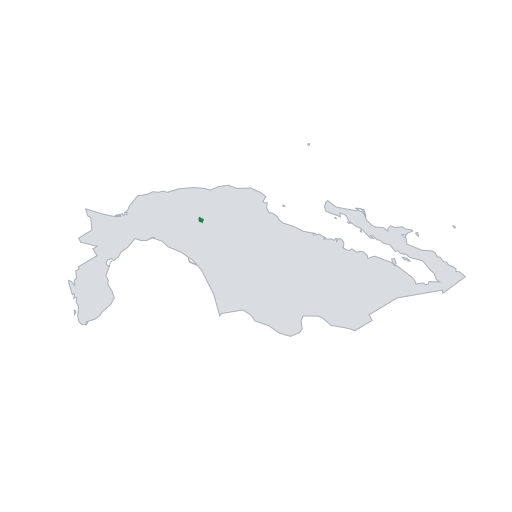 Villa Victoria, México, Mexico shown in context, rotated 149°
{"feature_id": "50627088B15361749852756", "entity_name": "Villa Victoria", "entity_type": "district", "adm_level": 2, "iso_a3": "MEX", "parent_name": "Mexico", "parent_adm1": "México", "projection": "natural_earth1", "projection_center": [-99.997, 19.432], "detail": "fine", "context": "in_parent", "style": "filled", "palette": "green", "viewbox_px": 512, "rotation_deg": 149, "n_neighbors": 0, "source": "geoboundaries", "source_scale": "gbopen_adm2", "svg_char_len": 4731}
<svg xmlns="http://www.w3.org/2000/svg" viewBox="0 0 512 512"><g transform="rotate(149 256 256)"><path d="M87.2,130.4L115.0,127.8L113.6,130.7L156.7,147.4L189.4,147.4L189.6,141.0L209.9,141.1L213.4,145.7L227.4,157.9L230.7,168.2L233.3,172.2L246.5,180.3L250.8,177.2L254.0,169.7L258.1,168.0L267.7,169.3L275.6,177.7L281.0,189.8L290.2,200.8L290.8,207.8L294.9,216.4L315.2,224.5L317.9,223.2L311.9,245.4L310.0,272.0L310.9,277.7L316.3,285.3L315.2,289.4L315.5,285.3L311.0,278.8L312.4,284.8L317.9,297.3L326.6,309.2L328.6,316.6L334.8,324.2L333.1,324.0L336.6,325.8L335.5,324.7L341.9,325.7L346.5,328.3L350.6,333.2L361.4,329.5L369.3,329.0L374.6,326.1L380.2,325.5L381.3,326.6L380.9,328.1L385.5,329.1L388.5,326.8L387.7,322.9L386.2,323.8L386.6,323.0L394.8,316.5L395.2,311.2L397.6,308.1L397.6,299.5L399.0,293.1L405.3,289.4L416.4,287.4L421.3,285.2L426.7,284.8L435.7,287.0L436.4,285.6L434.1,285.5L437.1,284.5L440.8,287.3L441.5,291.2L439.8,296.3L434.1,304.1L433.9,309.3L431.1,312.5L431.6,313.7L434.2,313.3L431.5,316.5L431.5,317.8L433.4,317.4L430.0,330.5L429.1,331.7L427.2,328.8L426.7,323.8L424.1,328.9L421.4,329.3L418.1,336.1L414.2,336.0L413.9,338.2L392.1,338.2L392.1,346.1L387.2,346.1L399.2,358.2L398.9,362.7L383.4,362.7L377.9,373.9L379.5,376.8L377.7,384.2L366.4,371.5L357.3,363.0L351.8,359.7L351.2,360.6L356.3,363.5L348.4,360.9L348.9,358.8L346.8,359.7L345.5,357.9L344.1,359.8L346.7,360.8L342.7,361.2L338.8,364.1L326.3,368.6L318.2,365.0L311.3,364.2L306.7,360.8L302.1,359.4L299.2,356.2L288.1,353.6L274.3,346.8L265.3,340.5L261.5,336.1L252.2,334.7L243.3,331.0L237.8,323.9L225.6,317.1L219.2,307.7L217.0,301.9L221.9,299.2L221.1,296.8L218.9,296.0L222.2,291.6L222.6,286.4L220.0,284.6L217.5,279.3L217.5,274.6L215.9,270.3L208.7,262.3L202.6,252.6L192.9,244.3L195.7,245.9L195.9,244.0L190.7,242.3L187.0,235.7L189.7,235.9L182.1,231.4L181.1,229.2L178.3,230.0L177.8,229.0L180.0,226.5L176.3,228.4L174.1,226.5L173.8,222.2L176.5,218.4L177.4,219.1L175.6,215.1L173.3,212.6L170.1,212.8L168.0,207.4L164.1,206.3L161.8,204.0L160.3,199.3L161.4,196.3L154.5,194.9L142.8,180.0L142.2,176.5L140.4,175.4L133.1,157.0L132.6,151.3L133.5,149.5L126.9,147.1L125.5,144.1L123.3,143.1L120.9,144.9L112.1,139.3L113.6,142.9L112.3,149.8L114.1,155.3L115.5,165.8L124.4,175.1L127.2,181.3L128.6,181.0L129.2,182.9L130.5,183.1L131.7,187.2L134.3,188.4L135.6,196.9L140.2,201.2L141.7,205.9L143.9,207.4L145.4,213.1L147.3,214.5L146.2,210.3L148.8,212.7L151.8,225.7L154.7,229.4L158.6,238.7L157.9,242.6L158.7,246.1L162.1,249.5L163.4,246.1L173.1,258.3L172.1,262.8L168.2,266.2L166.0,266.6L162.0,256.5L146.7,243.1L145.3,243.3L142.2,239.1L141.7,236.2L142.7,229.9L141.4,223.9L139.2,219.7L131.8,214.4L130.3,209.3L128.9,211.5L125.0,212.5L122.3,209.0L115.3,205.5L114.3,202.5L109.2,198.2L108.7,196.7L114.2,197.5L117.3,196.2L117.3,197.6L120.0,199.0L119.0,195.6L117.8,195.3L120.5,188.4L110.7,175.3L102.3,169.6L100.9,166.7L101.0,161.9L98.9,160.3L98.4,154.8L95.8,152.4L95.5,149.2L91.9,144.0L91.3,141.6L92.6,140.0L90.0,137.9L87.2,130.4ZM142.3,180.2L141.3,183.6L138.6,182.4L139.8,177.4L141.5,176.9L142.3,180.2ZM131.2,179.6L127.4,175.9L126.5,172.2L128.4,173.4L128.8,175.5L130.8,176.0L131.2,179.6ZM439.8,303.1L438.8,302.0L439.3,300.5L441.8,299.2L439.8,303.1ZM142.3,243.2L139.6,239.8L141.4,232.8L140.8,239.1L142.3,243.2ZM107.3,193.4L105.2,193.0L106.7,189.2L107.6,192.0L107.3,193.4ZM71.9,181.1L70.2,178.7L70.6,177.6L71.3,177.7L71.9,181.1ZM144.7,243.3L146.3,246.0L142.8,243.4L144.7,243.3ZM207.3,284.7L206.9,285.8L206.0,285.4L205.7,283.4L207.3,284.7ZM159.7,236.2L160.3,238.3L158.5,235.7L159.7,236.2ZM153.1,222.1L154.1,223.1L152.6,225.0L153.1,222.1ZM154.2,325.1L153.5,325.4L152.4,324.6L153.3,323.4L154.2,325.1ZM384.0,325.5L382.1,326.0L385.4,324.9L384.0,325.5ZM168.9,248.3L167.9,248.1L167.8,246.1L168.9,248.3Z" fill="#d9dde1" stroke="#a8b0b8" stroke-width="1"/><path d="M285.2,314.0L285.2,313.9L285.1,313.6L285.3,313.7L285.1,313.4L285.1,313.5L284.9,313.8L284.5,313.7L284.4,313.6L284.2,313.7L284.0,313.8L283.9,313.9L283.8,314.0L283.7,314.0L283.6,314.3L283.6,314.6L283.4,314.5L283.3,314.3L283.3,314.2L283.2,314.2L282.9,314.1L282.8,314.3L282.8,314.5L282.7,314.6L282.7,314.8L282.8,314.9L282.9,315.0L283.0,315.0L283.3,315.2L283.6,315.2L283.7,315.3L283.7,315.5L283.8,315.7L283.8,315.8L283.9,316.0L284.0,316.1L284.0,316.3L284.1,316.5L284.3,316.6L284.4,316.8L284.4,317.0L284.5,316.9L284.8,317.0L285.0,317.1L285.3,317.2L285.3,317.3L285.4,317.2L285.3,316.9L285.3,316.7L285.3,316.4L285.7,316.3L285.7,316.2L285.5,315.9L285.6,315.7L285.7,315.8L285.8,315.8L285.8,315.6L285.8,315.8L286.0,315.8L286.0,315.7L285.9,315.5L286.0,315.5L285.9,315.5L286.0,315.5L286.1,315.3L285.9,315.3L285.7,315.3L285.7,315.1L285.6,314.9L285.6,315.0L285.5,314.9L285.4,314.7L285.2,314.6L285.2,314.2L285.2,314.0Z" fill="#22c55e" stroke="#15803d" stroke-width="1.5"/></g></svg>